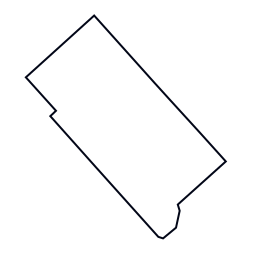 outline of Martin, Indiana, United States of America, rotated 318°
{"feature_id": "52423323B6145912014640", "entity_name": "Martin", "entity_type": "district", "adm_level": 2, "iso_a3": "USA", "parent_name": "United States of America", "parent_adm1": "Indiana", "projection": "natural_earth1", "projection_center": [-86.816, 38.7], "detail": "fine", "context": "isolated", "style": "outline", "palette": "ink", "viewbox_px": 256, "rotation_deg": 318, "n_neighbors": 0, "source": "geoboundaries", "source_scale": "gbopen_adm2", "svg_char_len": 344}
<svg xmlns="http://www.w3.org/2000/svg" viewBox="0 0 256 256"><g transform="rotate(318 128 128)"><path d="M178.1,21.8L86.0,22.0L86.0,50.4L86.0,67.0L78.2,67.2L77.9,135.1L77.7,229.2L80.2,233.5L97.0,234.2L111.0,224.1L113.8,218.2L178.3,218.3L178.3,180.6L178.0,135.1L177.9,112.5L178.1,21.8Z" fill="none" stroke="#020617" stroke-width="2"/></g></svg>